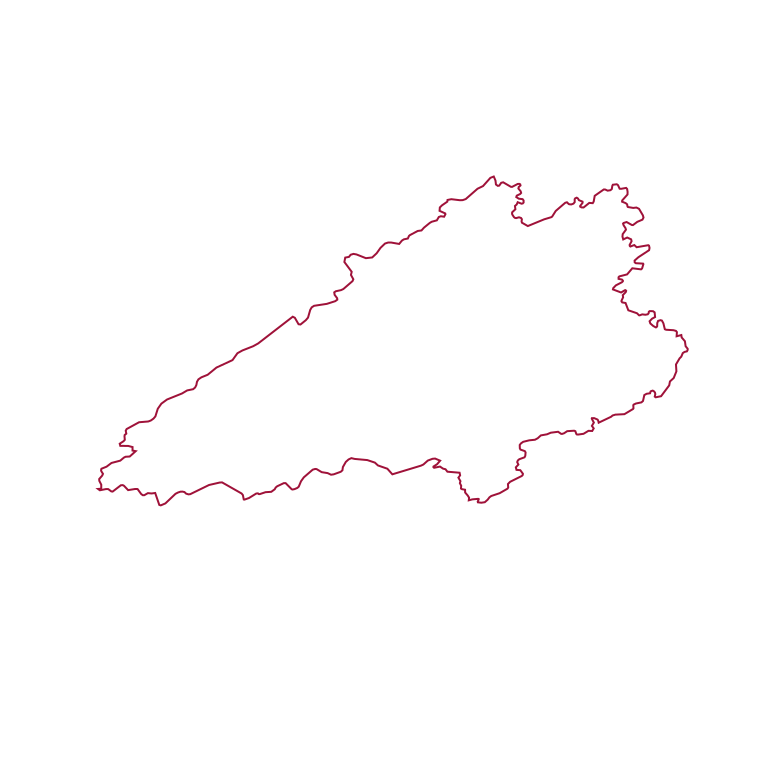 SVG path tracing the border of Kurgan, rotated 157°
{"feature_id": "RUS-2380", "entity_name": "Kurgan", "entity_type": "Region", "adm_level": 1, "iso_a3": "RUS", "parent_name": "Russia", "parent_adm1": "", "projection": "equal_earth", "projection_center": [64.14, 55.502], "detail": "fine", "context": "isolated", "style": "outline", "palette": "rose", "viewbox_px": 768, "rotation_deg": 157, "n_neighbors": 0, "source": "natural_earth", "source_scale": "10m", "svg_char_len": 6116}
<svg xmlns="http://www.w3.org/2000/svg" viewBox="0 0 768 768"><g transform="rotate(157 384 384)"><path d="M688.2,399.1L685.2,398.1L683.6,401.8L683.9,406.1L683.3,407.8L679.2,409.8L677.8,411.1L678.3,414.2L678.1,415.3L677.2,416.4L671.7,416.3L665.7,417.8L656.7,416.5L652.1,417.9L650.3,418.0L646.4,416.6L638.8,419.2L641.5,421.0L640.1,424.2L643.6,426.9L650.9,430.1L650.6,432.3L646.1,433.1L644.4,433.9L643.3,437.3L642.6,438.4L640.6,439.0L640.0,441.9L638.5,443.1L624.4,444.5L615.6,441.6L612.9,441.5L609.7,442.2L607.1,443.5L601.9,449.6L596.6,452.9L589.8,454.5L573.6,454.2L567.7,455.0L561.7,453.8L559.2,454.6L557.1,456.4L555.3,459.1L553.0,460.8L549.5,461.5L542.7,461.4L531.8,464.6L514.1,465.2L506.9,469.6L501.2,470.2L489.7,469.9L484.0,470.5L441.7,481.6L440.2,479.8L439.3,472.4L437.6,471.4L431.0,473.3L428.0,474.8L423.0,481.0L420.6,482.8L417.8,483.3L405.3,480.1L396.5,479.3L394.0,479.9L393.6,481.3L394.6,485.4L394.0,487.8L392.1,488.2L386.9,487.2L384.3,487.3L372.8,491.0L371.3,492.4L371.8,497.3L369.9,499.9L372.8,511.8L370.3,515.5L366.6,514.7L364.2,516.0L361.3,515.7L358.7,514.0L351.5,506.9L345.4,505.1L339.7,507.2L334.0,510.7L328.2,512.9L324.9,512.6L322.1,511.4L315.3,507.0L311.5,509.0L309.2,509.4L305.2,508.6L303.2,510.5L302.1,510.9L293.2,511.7L289.5,510.7L286.1,512.3L278.9,514.4L276.7,514.7L271.4,514.0L268.3,516.3L266.1,516.2L263.3,514.5L261.1,516.3L261.0,517.1L265.2,521.7L263.6,524.7L260.8,525.8L254.5,527.1L253.6,528.6L249.8,527.8L242.3,523.5L239.7,522.5L236.5,522.3L221.6,527.2L215.5,527.5L205.5,532.2L201.9,532.1L201.9,527.7L203.0,523.9L201.8,521.9L200.4,521.6L197.5,523.4L195.5,523.1L190.2,516.0L189.1,515.4L182.8,515.9L181.3,515.4L180.6,514.6L180.8,513.4L183.0,512.7L183.9,511.4L182.9,508.0L183.1,506.3L184.4,505.7L188.2,505.5L189.2,504.4L187.5,501.9L184.2,500.0L183.8,498.4L184.6,496.5L185.7,496.0L186.9,496.2L189.9,499.1L191.7,497.4L193.9,496.7L194.8,493.5L198.9,492.0L199.4,491.2L199.7,490.0L199.2,487.0L198.6,485.8L197.6,485.1L194.6,484.7L193.0,483.3L192.7,481.8L193.8,480.0L194.0,478.6L189.9,473.2L172.2,473.0L164.9,472.2L163.8,472.4L158.3,476.2L146.4,480.0L144.6,479.8L143.6,477.4L142.8,476.8L141.4,476.1L139.1,476.0L137.4,476.9L136.3,479.6L135.4,480.2L133.8,480.2L133.0,479.0L132.7,477.0L130.0,474.3L130.4,473.2L133.9,471.2L134.1,470.6L133.2,469.4L131.3,468.5L124.3,470.5L121.2,468.9L119.7,470.0L116.5,474.9L105.7,477.2L104.4,476.6L102.6,474.6L99.8,473.9L98.1,474.5L96.4,477.2L95.5,478.0L91.7,476.9L90.9,475.6L90.8,471.7L89.4,471.0L84.5,469.9L84.0,468.5L84.7,465.7L85.8,463.3L93.0,459.9L93.6,458.8L90.9,456.1L90.0,454.4L90.5,452.2L90.3,451.6L85.8,448.7L82.7,447.8L80.8,445.6L79.8,438.1L80.1,435.8L81.9,434.3L87.5,434.3L92.7,433.0L93.7,433.5L97.4,438.3L100.6,438.6L101.3,438.2L101.4,436.4L100.8,433.1L101.0,431.5L105.7,428.7L106.9,426.5L107.3,423.6L102.9,423.8L100.0,420.6L100.3,418.7L103.6,416.0L103.8,414.9L103.5,414.3L99.3,414.1L98.0,411.2L86.5,408.5L86.0,407.8L86.4,405.5L87.7,403.6L100.3,401.3L105.1,399.7L105.7,398.0L105.0,396.8L98.5,393.6L98.4,393.0L101.3,389.5L102.6,389.1L110.2,393.5L117.4,389.9L125.3,391.1L126.4,390.6L127.0,389.1L124.2,387.2L123.7,385.8L124.0,385.2L125.3,384.7L132.0,384.2L135.5,382.7L136.3,381.6L130.0,375.6L125.6,376.2L125.0,376.0L124.7,375.1L125.6,374.1L129.5,372.5L130.0,370.4L132.8,367.9L133.1,367.2L132.8,366.0L130.0,364.2L130.3,356.4L123.5,350.3L122.4,347.6L121.8,347.3L119.1,347.2L116.3,345.6L114.0,345.1L112.8,345.7L112.0,347.0L111.0,347.3L107.9,345.9L106.9,344.2L108.3,339.7L111.7,339.4L115.0,338.0L115.2,335.7L113.5,332.2L111.7,329.9L111.1,329.8L110.0,330.4L108.6,333.4L107.0,335.0L104.5,334.7L103.4,333.8L103.1,330.7L104.1,324.7L103.1,323.7L96.5,320.4L94.5,318.8L94.1,317.3L96.0,313.6L91.2,312.9L91.8,310.5L90.3,305.8L91.6,300.9L90.7,297.8L91.1,296.8L92.4,295.7L94.8,296.1L96.9,295.7L99.7,293.0L101.9,292.1L107.6,287.9L109.9,281.4L115.0,276.3L119.8,274.6L122.0,271.3L133.7,264.5L139.1,265.6L139.7,266.6L138.2,268.7L137.9,270.3L138.4,271.9L139.2,272.9L140.9,273.1L141.6,272.9L142.7,271.5L146.1,272.4L148.7,272.1L152.2,267.2L154.2,266.5L159.7,267.6L162.2,267.5L162.8,267.1L163.9,264.1L164.5,263.7L174.5,262.3L183.0,265.4L185.9,265.7L187.8,265.1L201.5,264.5L201.1,266.8L201.4,267.9L203.9,270.5L206.0,271.3L206.3,270.9L205.9,266.5L209.0,264.2L208.3,261.2L210.7,259.4L214.1,261.0L219.8,260.2L225.0,261.6L226.2,262.2L226.5,262.9L226.3,265.8L227.2,266.7L233.8,269.0L237.6,268.3L239.7,268.5L240.5,269.0L242.4,272.0L249.5,274.0L253.6,274.0L259.7,275.4L263.7,274.0L266.8,273.7L272.3,275.4L278.5,276.4L281.2,275.8L282.9,274.8L284.1,271.7L284.0,270.3L280.6,267.2L280.4,265.7L282.0,262.7L283.3,261.6L288.9,261.9L290.7,261.3L291.9,260.1L291.8,257.3L295.2,255.8L295.6,253.2L292.2,251.4L291.2,247.1L291.8,246.1L293.1,245.5L306.1,244.7L309.0,243.5L310.1,240.2L311.2,239.4L320.2,238.3L329.0,239.0L331.2,238.5L333.8,237.0L337.4,235.8L340.8,236.7L343.8,238.4L343.7,239.1L341.9,240.8L341.8,241.2L342.2,241.5L347.8,243.3L351.4,243.8L350.1,246.1L350.5,248.6L351.7,252.4L350.7,255.0L353.3,256.7L354.0,257.7L352.7,260.2L352.9,263.1L351.6,264.7L352.1,268.7L349.6,270.2L349.1,272.8L359.9,278.5L360.7,281.5L362.7,283.0L364.7,286.1L370.6,287.3L371.0,288.2L370.7,288.7L366.5,289.4L362.3,291.5L366.1,295.4L368.6,296.2L373.6,296.4L379.2,294.5L381.9,294.4L411.6,297.6L414.0,304.7L421.4,311.4L423.1,315.2L429.1,320.5L440.3,326.5L443.0,328.5L446.1,328.4L449.6,327.2L454.3,323.6L456.0,320.8L458.1,320.1L465.6,320.5L468.2,321.2L470.7,324.0L475.8,327.2L479.3,332.0L480.6,332.7L483.1,333.0L494.3,329.4L498.4,326.9L502.6,322.8L504.4,322.2L507.4,322.2L509.4,322.6L510.1,323.2L513.3,331.2L515.0,331.9L522.3,331.6L524.2,331.0L525.7,329.8L529.9,328.8L535.3,330.7L541.4,331.2L542.3,331.6L542.8,332.6L544.4,333.1L552.8,331.8L557.6,332.1L558.2,332.5L557.3,336.9L557.9,338.9L571.5,356.7L573.8,357.5L584.5,359.4L605.4,358.3L607.1,358.8L609.0,360.4L609.9,362.5L611.6,363.7L613.4,364.4L616.0,364.6L618.8,364.4L631.9,359.5L636.9,359.5L638.1,360.5L637.2,373.1L640.6,374.0L644.0,375.8L648.1,375.3L649.5,375.9L650.5,377.6L651.9,383.6L654.1,384.6L661.0,386.3L663.1,391.9L664.0,393.0L665.8,393.6L675.8,391.0L677.0,391.7L678.9,395.0L680.9,395.9L687.1,397.2L688.2,399.1Z" fill="none" stroke="#9f1239" stroke-width="2"/></g></svg>